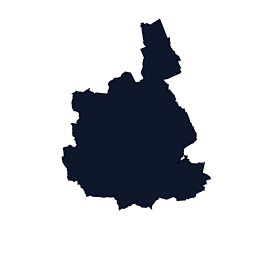 the district of Zacatecas, Zacatecas, Mexico, rotated 66°
{"feature_id": "50627088B9429495798872", "entity_name": "Zacatecas", "entity_type": "district", "adm_level": 2, "iso_a3": "MEX", "parent_name": "Mexico", "parent_adm1": "Zacatecas", "projection": "robinson", "projection_center": [-102.67, 22.729], "detail": "fine", "context": "isolated", "style": "filled", "palette": "ink", "viewbox_px": 256, "rotation_deg": 66, "n_neighbors": 0, "source": "geoboundaries", "source_scale": "gbopen_adm2", "svg_char_len": 5749}
<svg xmlns="http://www.w3.org/2000/svg" viewBox="0 0 256 256"><g transform="rotate(66 128 128)"><path d="M191.1,72.9L191.3,73.6L190.4,74.7L190.1,76.2L189.6,76.8L189.2,76.8L189.1,77.2L189.5,77.6L189.0,77.9L189.3,79.1L188.1,81.8L187.4,82.8L187.2,83.5L187.9,84.2L187.4,84.8L186.7,84.5L185.3,85.2L185.2,85.5L184.3,85.6L183.0,86.4L181.5,85.6L180.4,87.7L177.8,85.7L176.6,87.6L179.5,87.6L179.8,96.2L179.1,95.1L178.5,94.5L177.9,93.4L177.6,93.1L177.0,92.9L177.1,92.7L176.9,92.4L176.2,92.2L176.1,89.9L174.9,89.0L174.8,88.4L174.0,87.9L172.6,87.7L171.2,86.7L169.6,86.3L169.2,85.9L168.4,82.4L168.2,82.4L168.2,80.8L168.0,80.5L168.2,79.4L167.6,77.8L167.8,74.5L167.6,74.5L166.1,70.4L164.1,70.0L162.5,69.0L160.7,68.2L158.5,68.7L158.2,69.0L157.8,68.8L156.7,68.9L156.3,68.5L155.9,68.8L154.8,68.9L154.7,68.4L154.4,68.2L151.7,69.1L149.5,68.7L149.1,68.9L148.9,69.4L148.4,69.2L148.2,69.6L147.2,69.5L145.9,69.0L144.1,68.9L143.6,68.7L142.6,68.9L140.8,68.6L140.1,68.9L139.3,68.6L137.7,68.8L137.5,69.8L133.6,69.2L133.3,70.9L132.0,71.3L131.7,71.8L131.7,72.3L130.2,71.6L130.0,72.9L128.0,73.6L126.7,73.2L125.1,73.2L124.3,73.7L123.7,73.7L122.9,74.8L121.1,74.0L121.2,73.1L116.5,72.9L116.2,73.4L115.8,73.4L115.1,73.9L114.1,73.7L111.6,74.7L110.9,74.4L110.7,74.5L109.8,76.0L109.4,76.2L108.6,75.7L108.0,75.7L107.9,75.9L107.5,75.5L107.0,75.5L106.8,75.0L105.0,73.8L104.4,74.1L104.2,74.8L103.0,75.2L102.5,75.1L102.2,75.7L101.4,76.3L100.9,76.1L100.8,76.9L100.5,76.9L100.5,76.3L100.2,76.3L99.8,76.9L99.4,76.6L99.3,76.9L98.9,76.9L98.3,77.5L97.7,77.2L97.5,77.4L97.3,77.4L98.6,72.0L98.7,68.6L98.5,68.4L98.6,61.6L97.7,61.2L97.4,59.7L97.7,60.6L98.6,60.6L98.7,58.4L98.2,58.0L98.2,57.7L97.9,57.7L97.9,57.1L94.3,57.3L94.3,55.7L91.3,56.0L86.6,56.1L87.0,55.6L86.4,55.6L86.0,56.3L85.3,55.6L87.2,53.0L86.9,52.8L86.1,52.8L85.9,53.2L84.1,52.8L83.2,53.0L80.6,54.6L80.1,55.3L79.2,55.1L78.8,55.3L78.0,54.8L76.7,55.1L76.3,55.3L75.6,56.1L75.4,56.9L74.3,56.2L73.4,56.0L73.1,56.4L72.3,56.6L70.8,56.3L70.6,56.7L69.9,56.7L66.9,55.1L66.5,55.7L66.0,55.5L64.0,54.3L62.7,53.8L62.6,56.0L41.8,55.1L43.5,66.4L42.3,66.6L41.2,68.3L40.4,68.3L40.7,70.0L40.4,70.0L40.1,71.6L38.4,71.7L38.2,73.3L39.9,73.3L39.8,74.5L41.0,74.6L41.4,73.6L42.2,74.2L44.8,75.1L57.0,78.4L56.7,78.8L58.3,78.7L59.7,78.3L61.8,77.2L61.6,84.0L71.0,84.2L71.7,85.4L74.5,87.4L76.0,88.3L78.5,88.9L82.4,92.8L83.0,93.1L84.8,93.3L87.4,92.9L89.0,93.1L89.5,93.5L90.2,94.6L90.0,96.9L91.3,97.3L90.1,103.0L78.9,103.6L76.0,107.9L76.4,108.4L76.5,110.2L76.8,111.3L78.3,113.1L78.9,113.2L78.4,117.6L78.0,119.1L77.7,119.0L77.4,120.4L78.3,121.0L78.4,125.3L79.5,127.4L80.7,128.0L82.1,127.7L83.0,128.2L83.8,128.3L84.1,128.6L84.5,128.6L86.1,130.8L87.5,131.3L89.0,132.8L84.3,141.3L83.7,141.9L83.3,143.1L83.5,143.7L84.3,144.4L84.2,144.7L81.2,145.9L80.3,147.3L79.6,147.6L78.2,149.1L76.7,147.9L77.9,155.8L76.7,155.8L75.5,158.1L75.3,158.2L75.3,159.4L73.7,160.2L73.8,160.9L74.3,162.4L74.2,164.4L75.1,163.8L77.2,165.4L77.6,165.0L78.4,165.2L78.7,165.9L82.0,168.6L85.0,169.5L86.5,170.2L89.9,170.1L91.3,168.0L93.3,166.5L93.6,165.8L94.0,165.8L95.6,166.6L96.2,166.6L96.4,166.9L97.8,167.6L98.3,167.7L98.8,167.3L99.4,167.2L100.0,167.7L99.9,168.1L100.6,168.7L100.5,169.8L101.3,171.4L101.8,171.6L102.2,172.2L102.4,171.4L102.9,171.1L103.2,171.8L104.2,171.5L104.9,172.2L101.8,176.5L101.4,177.8L103.7,177.3L106.8,178.9L107.2,178.9L107.9,179.3L108.7,179.2L109.1,179.7L109.8,179.6L110.0,180.5L111.4,180.5L112.0,181.1L112.7,181.1L112.9,180.8L113.2,180.9L114.4,179.9L115.4,179.6L116.0,179.9L116.3,180.2L116.2,180.5L117.1,181.2L117.6,181.0L117.8,180.7L118.5,180.5L120.8,181.3L122.1,180.2L122.8,181.1L123.1,181.9L125.0,183.2L124.2,184.1L124.3,185.8L123.5,186.1L123.4,186.5L121.3,187.3L120.4,188.1L120.8,188.7L120.5,189.6L121.2,191.7L120.2,193.1L120.3,195.0L121.3,195.5L122.3,195.5L123.5,196.0L125.4,196.3L125.9,196.9L128.4,197.4L128.1,199.8L130.4,200.5L130.5,200.0L132.5,201.1L138.0,200.3L139.7,199.4L142.1,200.3L143.8,200.5L145.7,201.7L146.5,201.6L147.4,201.9L147.9,202.4L148.0,202.7L148.6,202.8L148.7,203.1L149.1,203.2L149.6,203.1L149.7,202.7L151.2,203.1L152.5,200.8L152.4,200.3L152.1,200.0L152.6,200.1L152.7,199.5L154.6,199.2L154.5,196.6L155.2,194.9L159.0,196.1L159.3,194.7L159.7,194.3L161.2,193.9L162.0,194.1L162.4,194.7L162.7,194.7L164.3,193.9L164.3,192.9L164.5,192.8L166.3,193.1L167.0,192.9L167.5,193.1L167.8,192.5L168.9,192.7L169.3,193.1L170.6,193.1L171.4,192.7L173.2,193.4L173.7,192.2L173.6,191.5L173.8,188.9L174.4,188.9L175.5,188.2L176.2,187.2L176.8,186.0L176.8,185.1L177.2,184.6L177.5,184.7L178.8,181.7L180.8,178.9L181.7,176.7L181.5,176.0L184.2,171.1L184.6,168.2L185.3,168.7L186.2,168.1L187.8,168.2L188.5,167.9L189.4,166.6L190.2,166.6L191.5,167.8L192.2,168.1L195.1,167.5L197.5,168.2L198.0,168.8L199.0,168.8L198.4,166.5L198.4,165.9L199.6,164.4L199.5,160.7L198.8,160.0L199.0,159.0L199.6,157.9L199.6,157.5L199.0,155.3L198.5,154.8L198.2,153.9L198.3,153.5L199.0,153.5L199.4,153.0L199.3,152.6L199.3,151.2L198.7,149.9L201.2,151.5L204.4,147.5L205.0,147.8L205.8,146.7L206.2,146.7L206.1,146.0L207.4,144.2L207.7,142.9L207.4,141.5L207.4,140.3L209.3,140.0L210.7,139.4L210.0,139.2L207.5,137.2L207.5,136.7L207.1,136.4L207.3,136.1L206.9,135.2L205.0,132.4L204.9,129.6L203.4,128.2L203.5,127.7L208.5,121.6L208.9,114.0L211.7,112.0L213.1,112.1L213.4,111.8L214.1,112.3L215.4,108.7L215.0,108.4L215.8,107.4L216.8,104.8L215.1,103.5L216.5,102.4L216.9,101.8L216.7,99.1L217.0,98.7L217.3,96.9L217.5,96.5L217.8,96.4L217.5,94.3L216.0,93.7L215.8,93.2L215.1,92.7L215.4,91.8L215.3,90.5L215.0,90.1L215.3,86.9L214.8,84.9L215.3,83.7L214.4,83.6L213.3,82.5L211.8,83.9L210.4,83.9L210.5,82.7L209.7,81.8L210.5,81.0L210.2,79.9L210.5,79.2L209.0,79.2L206.8,78.2L207.7,73.5L205.7,73.6L205.4,74.2L204.3,74.4L202.8,75.3L202.2,76.6L201.4,76.7L199.5,78.7L199.0,78.6L191.1,72.9Z" fill="#0f172a" stroke="#020617" stroke-width="1.5"/></g></svg>